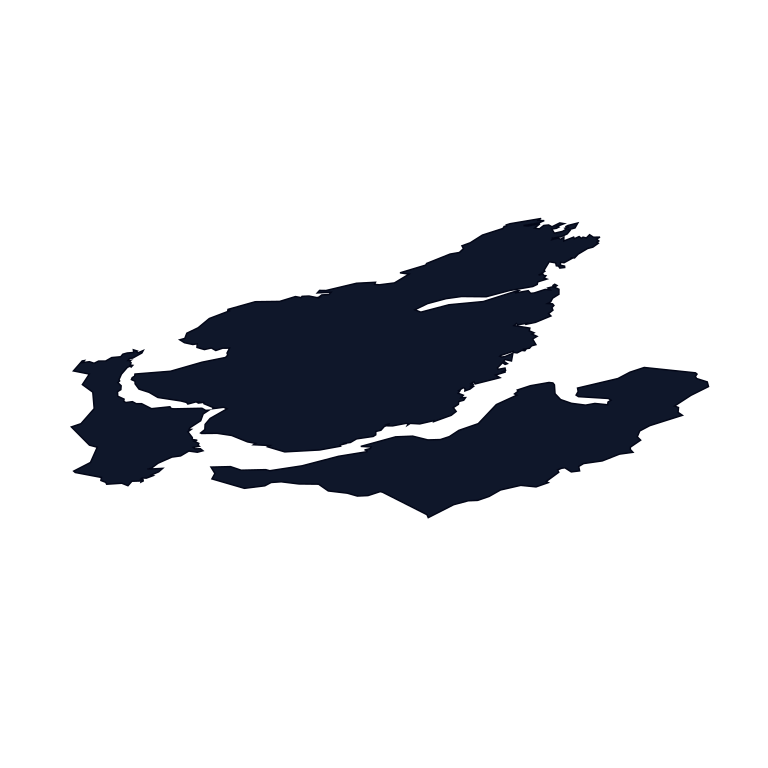 Tjeldsund nor, Nordland, Norway, rotated 171°
{"feature_id": "86288312B94702681329617", "entity_name": "Tjeldsund nor", "entity_type": "district", "adm_level": 2, "iso_a3": "NOR", "parent_name": "Norway", "parent_adm1": "Nordland", "projection": "equal_earth", "projection_center": [16.297, 68.509], "detail": "fine", "context": "isolated", "style": "filled", "palette": "ink", "viewbox_px": 768, "rotation_deg": 171, "n_neighbors": 0, "source": "geoboundaries", "source_scale": "gbopen_adm2", "svg_char_len": 6163}
<svg xmlns="http://www.w3.org/2000/svg" viewBox="0 0 768 768"><g transform="rotate(171 384 384)"><path d="M492.7,332.5L457.9,328.9L436.6,329.4L436.9,330.6L432.4,331.0L433.9,331.7L426.3,331.5L419.7,334.1L402.9,333.9L400.1,335.1L399.5,338.4L394.3,338.8L390.2,342.1L386.5,342.6L388.1,343.4L387.0,343.7L385.2,343.7L386.3,342.0L382.0,341.3L368.4,341.7L366.2,341.0L367.2,339.7L364.2,341.0L354.9,339.0L340.7,340.0L341.0,339.0L322.4,342.6L317.0,345.6L319.3,349.8L313.7,352.3L312.9,355.0L307.8,355.5L305.6,357.8L310.1,358.4L307.4,360.5L312.3,363.3L310.2,365.3L311.2,365.8L306.3,368.0L304.7,366.8L305.2,364.5L299.9,365.5L296.4,367.4L299.8,368.0L295.9,369.0L296.2,370.4L299.2,370.3L294.7,372.2L294.0,369.8L268.5,372.1L272.5,375.4L261.9,376.9L264.5,377.7L261.8,378.4L262.0,380.8L268.9,380.6L269.4,382.2L263.6,386.5L261.3,384.4L259.0,384.8L262.4,387.9L260.6,389.2L254.5,386.8L251.9,394.2L260.0,392.2L263.4,392.2L265.3,393.3L264.4,393.9L251.3,396.1L251.4,395.0L247.7,393.9L242.6,395.6L239.7,394.8L238.6,395.8L241.7,396.6L234.7,396.6L232.3,398.6L227.8,399.1L230.2,405.2L225.4,407.1L230.1,410.2L227.8,411.1L232.2,413.8L231.2,416.4L246.5,421.4L243.8,423.1L242.8,421.6L233.7,421.6L235.2,420.7L224.7,421.2L208.5,425.1L210.5,427.8L205.6,430.5L206.2,433.2L203.9,435.0L205.0,436.8L209.9,437.9L206.6,439.0L204.0,442.4L197.2,445.3L196.4,450.2L200.5,452.9L197.7,454.2L199.8,455.8L201.7,454.9L201.4,453.7L207.1,453.2L205.3,451.1L210.0,452.2L221.4,450.4L225.0,450.6L226.9,453.6L240.4,453.4L236.4,455.1L237.5,455.3L273.0,449.9L307.5,452.1L336.4,449.2L342.0,452.5L328.4,456.6L309.4,458.6L293.8,458.3L269.4,454.2L245.1,456.7L221.8,457.0L217.1,458.4L216.2,460.8L206.8,462.2L209.4,463.6L207.2,465.6L209.5,466.4L209.9,468.0L214.5,467.2L207.5,470.2L208.2,471.2L201.7,478.9L195.5,476.8L195.3,473.8L193.2,473.2L192.2,471.0L187.3,470.8L187.2,472.2L191.2,473.7L190.5,476.7L187.2,475.6L178.8,478.6L180.2,479.6L176.1,478.7L171.9,481.9L161.7,486.0L156.3,486.5L150.3,489.5L151.5,490.8L149.5,491.7L151.5,493.9L147.7,495.3L154.2,496.2L157.6,499.3L161.3,496.6L164.5,497.9L166.3,497.0L168.2,499.1L173.3,497.7L173.7,499.4L184.1,497.1L183.4,500.8L186.9,499.3L189.3,500.8L195.6,500.3L194.6,501.5L195.7,501.8L186.4,501.7L179.6,503.6L176.2,506.6L177.5,507.5L170.9,508.3L167.4,512.7L177.5,511.8L180.3,510.9L177.5,511.2L177.3,509.7L180.8,509.5L179.8,508.4L183.8,506.8L192.1,506.3L194.1,510.8L189.4,510.8L186.9,511.6L188.5,512.6L181.0,514.2L185.2,515.6L193.5,513.0L196.5,515.3L201.4,515.6L206.3,512.9L210.9,514.4L204.9,517.9L217.2,517.5L221.6,518.7L205.9,518.9L200.2,520.3L207.4,521.5L202.9,522.9L234.4,522.6L238.4,522.0L238.3,520.8L240.7,520.8L242.2,519.0L263.5,515.7L276.7,510.0L285.4,508.3L284.3,505.3L289.0,502.1L298.4,502.0L323.0,496.4L324.3,494.9L350.8,491.3L342.1,488.6L357.9,482.2L373.1,482.7L377.7,483.8L376.5,485.8L395.4,487.8L426.7,485.4L433.0,486.5L435.6,484.4L421.9,482.9L424.2,481.0L431.6,481.7L433.4,480.7L432.0,480.2L435.4,479.9L434.5,479.0L444.3,482.6L451.2,483.4L452.3,482.3L457.8,484.2L474.1,481.9L498.3,485.4L526.4,482.1L526.8,481.0L524.3,480.6L546.3,476.0L558.8,468.6L570.8,465.0L573.6,460.2L578.8,459.6L574.6,456.0L566.6,452.9L562.2,452.9L563.0,449.4L556.0,446.1L548.9,446.6L544.9,443.4L537.8,444.6L530.9,443.6L534.2,439.1L533.8,437.0L536.4,435.0L560.3,434.0L592.8,430.0L628.4,432.8L629.1,430.7L631.7,429.7L632.8,427.9L629.5,425.7L629.8,423.1L626.8,417.3L617.3,412.5L609.5,406.1L587.2,399.0L581.9,396.7L580.9,394.9L572.2,395.8L570.1,395.3L571.2,394.9L570.3,394.2L564.9,394.1L564.9,392.7L555.9,387.2L556.9,386.4L546.0,386.1L542.9,384.0L561.1,377.2L567.0,372.1L568.1,367.0L572.8,364.3L572.0,363.7L556.5,361.4L542.5,357.0L527.9,348.2L520.0,345.4L522.3,344.4L506.3,341.1L508.8,340.2L492.7,332.5ZM567.9,329.0L565.0,322.1L568.8,317.2L538.2,302.8L517.6,302.1L510.9,304.4L500.8,303.5L483.7,298.6L464.3,295.3L455.8,287.1L437.3,281.9L427.9,277.5L417.3,276.3L404.6,278.3L402.4,277.4L362.0,248.2L361.2,245.1L334.1,253.9L319.1,255.5L309.7,254.4L297.8,256.5L285.5,261.1L264.8,262.5L249.9,258.6L237.2,260.9L239.1,262.3L225.2,269.5L226.0,272.0L221.7,273.0L218.4,272.9L212.8,267.9L204.4,267.6L204.6,272.1L199.3,274.2L180.4,273.9L162.4,277.9L148.8,277.6L151.0,280.9L150.5,283.1L139.3,288.4L142.1,292.2L138.8,297.6L128.0,301.3L94.2,306.4L98.0,310.0L96.8,314.7L100.5,316.8L82.6,324.8L63.9,330.7L64.4,335.5L74.4,340.5L75.3,342.8L73.3,344.8L74.6,346.3L124.4,359.6L139.2,357.2L152.1,352.8L193.5,349.7L193.4,346.2L196.0,343.0L193.9,341.1L164.6,334.6L162.3,332.5L165.6,331.1L166.3,328.5L178.8,331.8L188.2,331.6L201.9,335.6L212.0,341.0L216.6,347.7L215.8,356.5L217.0,358.6L220.8,359.7L239.7,359.4L253.3,357.2L252.6,355.9L256.6,353.8L254.5,352.2L276.3,346.1L297.1,330.1L317.3,326.5L327.7,321.8L337.0,320.3L349.4,321.9L363.8,328.0L380.8,330.0L416.7,326.0L406.6,323.8L407.5,322.4L413.5,321.9L411.1,321.0L411.5,319.8L440.2,319.7L477.7,316.0L510.4,316.2L514.2,317.9L538.6,321.2L548.5,326.4L567.9,329.0ZM704.1,346.5L702.8,344.9L677.7,335.9L678.7,333.0L674.2,330.4L673.6,328.4L658.5,327.0L652.8,323.6L648.2,327.4L638.8,326.2L639.3,325.2L637.0,325.9L637.0,327.3L639.0,328.2L637.5,329.0L633.4,328.2L626.4,329.6L628.3,330.5L620.3,332.5L615.8,335.3L631.1,336.9L626.8,337.3L619.6,341.1L605.0,345.0L596.1,344.8L587.3,348.3L579.0,345.8L573.3,346.4L575.5,348.8L580.8,349.5L582.4,351.2L576.2,351.4L577.2,352.5L576.2,354.3L580.5,357.1L577.3,357.7L582.1,359.2L581.7,361.1L585.2,367.5L581.6,369.3L583.6,369.7L582.7,371.1L570.8,376.4L567.3,382.7L561.1,385.5L564.2,385.8L567.6,388.5L595.2,392.3L598.0,393.0L599.0,395.0L617.5,396.0L626.5,402.5L631.8,403.3L635.2,405.9L641.9,406.1L643.8,407.6L643.1,409.7L648.9,413.6L648.4,418.1L644.8,419.6L643.9,423.4L646.7,427.1L644.6,428.4L645.1,429.7L641.8,434.8L634.9,440.6L631.8,441.4L631.1,440.3L629.3,441.7L631.7,442.4L630.5,444.6L631.8,446.5L630.6,447.0L633.3,447.3L631.3,449.1L628.2,448.9L618.3,452.5L616.6,454.7L622.1,453.3L623.5,454.7L622.6,455.2L626.2,457.0L626.3,454.3L632.8,454.8L637.3,454.3L639.8,452.1L648.8,452.7L655.4,450.2L662.3,451.3L667.1,449.8L671.4,452.1L678.3,452.3L676.3,454.0L678.5,454.0L688.7,445.5L673.5,439.9L682.0,430.6L672.9,421.5L674.1,405.0L689.5,392.2L699.5,390.5L684.5,369.7L677.1,366.4L686.2,352.4L704.1,346.5Z" fill="#0f172a" stroke="#020617" stroke-width="1.5"/></g></svg>